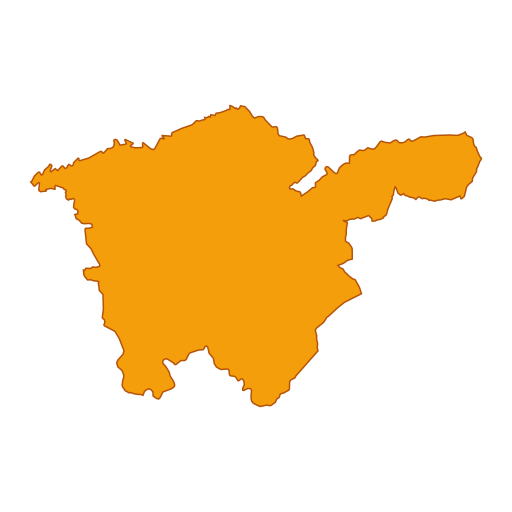 Pindal, Loja, Ecuador (Mercator projection)
{"feature_id": "8360857B50209341108464", "entity_name": "Pindal", "entity_type": "district", "adm_level": 2, "iso_a3": "ECU", "parent_name": "Ecuador", "parent_adm1": "Loja", "projection": "mercator", "projection_center": [-80.129, -4.101], "detail": "fine", "context": "isolated", "style": "filled", "palette": "amber", "viewbox_px": 512, "rotation_deg": 0, "n_neighbors": 0, "source": "geoboundaries", "source_scale": "gbopen_adm2", "svg_char_len": 6026}
<svg xmlns="http://www.w3.org/2000/svg" viewBox="0 0 512 512"><path d="M481.3,158.1L479.8,156.5L477.4,151.2L476.2,147.4L474.9,146.5L473.7,144.2L472.9,138.8L471.7,137.6L466.9,135.4L465.1,131.9L464.2,132.8L459.6,134.8L457.0,135.4L449.6,135.0L434.0,135.5L424.5,137.1L420.9,136.8L412.7,141.2L411.1,141.0L409.3,139.2L408.7,139.2L407.3,139.9L405.0,141.9L402.4,142.8L399.3,142.7L397.0,140.4L395.8,140.0L394.2,140.5L390.0,143.0L384.5,142.2L381.5,141.1L380.1,141.7L376.3,147.0L374.2,149.0L372.0,149.1L367.8,147.8L364.5,150.3L362.8,150.6L359.6,150.0L357.5,151.4L354.2,154.6L350.4,155.0L349.6,156.3L349.4,163.3L345.9,163.1L344.1,163.9L341.5,165.8L339.3,168.1L337.4,173.0L336.8,173.5L335.8,173.5L334.6,172.9L328.1,166.9L326.6,166.7L326.0,167.0L325.4,167.6L325.0,169.1L327.0,172.8L327.2,173.8L326.5,174.7L322.5,176.7L319.1,180.3L315.8,182.5L315.3,183.4L315.6,186.7L315.1,187.4L312.5,187.7L308.1,191.5L301.3,196.1L300.8,193.4L299.9,191.8L296.3,191.1L293.0,188.9L289.9,189.0L289.4,187.4L290.3,185.8L291.8,185.1L294.2,182.6L295.0,182.3L296.8,183.1L297.8,182.6L302.6,177.4L305.6,175.6L307.5,173.4L311.1,170.6L312.9,167.6L315.4,165.6L316.3,161.8L318.0,160.6L317.4,159.4L315.4,157.7L313.6,154.7L313.9,152.8L312.4,147.2L310.1,143.1L309.0,139.1L308.4,138.7L305.6,138.7L304.3,135.2L303.8,135.0L296.6,136.2L292.7,138.4L289.5,139.1L288.0,138.8L285.7,137.1L279.3,135.7L278.2,134.1L277.4,128.0L276.9,127.2L276.0,126.6L272.6,127.1L271.8,126.7L265.3,120.0L263.5,117.1L261.1,116.5L258.4,116.6L254.5,118.1L252.4,116.2L249.5,111.4L244.8,106.6L240.5,105.8L239.6,107.9L237.8,109.3L236.1,107.9L235.3,108.5L232.0,106.2L230.1,105.5L229.8,105.9L230.1,108.8L229.8,109.5L227.5,109.5L226.2,110.5L219.9,112.7L216.1,113.2L215.2,115.4L210.8,114.8L210.2,117.1L208.8,116.4L207.0,117.7L204.7,117.5L205.2,118.9L204.5,119.7L201.9,120.1L199.6,121.1L197.6,120.7L196.2,120.8L192.1,124.8L181.4,128.5L172.3,132.6L171.6,133.5L171.7,135.4L171.1,136.2L162.2,135.5L162.3,136.5L164.0,137.9L164.0,138.9L161.3,138.3L160.2,138.5L154.8,148.6L153.7,149.6L150.7,148.8L143.2,142.7L142.5,143.4L142.7,147.1L142.1,147.5L135.4,147.8L131.1,146.9L130.6,146.5L130.7,145.6L133.0,143.8L133.1,143.2L125.3,139.5L124.8,140.0L126.3,143.5L125.9,144.1L120.1,145.2L117.4,140.5L116.8,139.9L115.1,139.3L113.8,140.3L114.4,144.0L113.3,146.8L111.1,148.4L107.6,148.6L103.7,153.0L102.9,153.2L101.7,151.5L100.2,151.5L88.8,158.0L79.9,160.7L78.8,160.1L78.9,158.6L78.1,158.1L73.6,162.6L73.2,165.1L72.4,165.8L71.1,165.8L69.0,164.4L67.7,165.7L66.8,167.8L65.5,168.3L64.8,168.3L63.2,166.2L62.0,165.9L57.6,170.6L55.2,168.6L51.7,171.3L50.8,171.7L50.3,171.4L50.4,170.0L51.9,165.9L51.0,164.5L49.7,164.3L48.6,166.4L44.6,169.9L42.7,174.2L41.8,175.0L41.3,174.9L39.5,172.2L38.3,172.2L34.4,176.0L32.1,180.8L30.7,181.9L34.1,186.1L34.8,186.1L37.9,183.0L38.8,182.6L39.5,183.0L38.8,189.8L39.0,190.6L40.5,191.7L45.9,191.1L46.4,190.7L46.0,189.4L50.4,188.5L51.6,188.4L54.0,189.2L55.2,189.0L54.8,186.4L55.6,185.4L63.5,188.1L64.2,189.5L65.7,189.8L66.3,191.1L65.4,192.3L66.1,193.9L65.7,196.4L66.4,198.8L68.6,200.1L69.4,198.9L71.3,199.4L73.5,198.4L74.4,199.4L74.6,201.0L73.9,203.6L73.6,207.5L74.7,208.9L77.0,209.5L78.0,211.4L77.6,213.9L74.8,214.5L76.3,218.8L78.9,220.0L81.8,223.2L84.3,223.7L89.2,223.4L91.9,224.2L92.4,227.2L88.5,228.3L85.6,228.3L85.0,229.5L86.5,243.8L91.1,248.9L93.2,253.3L99.7,264.6L99.8,265.7L99.7,266.2L95.9,267.4L92.9,266.9L90.4,268.5L86.5,268.2L85.6,268.5L84.8,270.4L83.4,270.0L83.9,274.7L84.8,276.7L87.7,280.0L90.3,279.7L93.9,280.8L97.5,281.2L98.8,281.9L98.3,283.5L99.1,287.7L99.2,290.3L103.0,294.5L103.4,309.0L102.3,317.5L102.7,318.4L104.3,319.6L104.9,322.0L103.9,325.1L104.8,326.0L114.9,331.3L119.2,338.4L123.9,350.5L123.1,354.1L117.7,360.3L116.7,363.1L117.9,366.9L122.1,370.6L123.6,374.5L123.8,377.1L123.0,379.5L122.1,384.9L122.7,387.0L125.2,390.7L129.2,392.9L131.2,392.6L132.9,393.5L138.0,394.4L140.3,394.4L143.0,395.3L144.4,391.6L146.2,389.9L149.0,388.8L150.7,389.5L152.9,391.7L153.1,396.0L156.6,398.5L158.7,399.0L160.0,397.8L162.9,392.0L171.6,388.7L173.9,387.0L174.7,385.6L174.4,383.5L173.3,380.9L170.2,376.1L169.1,371.9L165.6,366.3L163.0,363.5L162.7,362.0L163.2,360.4L164.5,359.2L165.9,358.8L167.6,359.2L173.3,362.7L174.7,364.5L176.0,364.5L180.8,360.6L184.5,360.6L186.2,359.5L188.9,354.0L189.9,352.9L198.3,350.1L203.1,349.7L204.2,348.5L204.9,346.7L206.5,345.9L207.8,347.4L209.1,353.2L213.3,358.2L214.3,363.6L216.4,366.9L218.8,368.5L221.2,369.5L226.4,369.0L228.2,369.3L229.0,370.3L229.5,374.9L230.5,375.8L234.4,376.3L235.7,377.1L238.1,380.8L239.2,380.5L241.2,378.9L242.6,378.9L243.9,381.3L244.3,384.6L242.8,388.1L242.7,390.2L243.8,390.4L247.9,388.4L250.6,388.8L251.5,389.9L251.0,397.8L251.6,401.1L253.1,403.0L254.4,403.9L260.0,406.5L266.5,405.2L268.4,405.3L269.4,405.7L270.9,405.5L275.3,402.3L276.7,399.2L279.1,397.4L280.4,393.8L283.7,393.0L288.9,390.1L289.4,389.0L289.6,382.1L290.6,380.0L294.8,378.0L295.9,375.9L318.0,350.8L317.2,347.9L317.6,343.5L316.6,339.3L316.7,335.9L315.3,330.1L316.5,328.1L323.7,322.3L327.1,317.0L328.5,316.2L337.7,307.7L344.3,302.4L361.5,293.7L359.4,287.3L355.1,279.6L352.8,278.9L349.2,276.2L344.6,271.8L343.2,269.2L339.7,267.4L338.0,265.3L343.1,263.5L347.6,260.3L352.3,259.0L352.2,249.0L351.6,247.1L348.5,242.9L346.0,241.7L345.5,240.6L345.4,238.0L346.2,234.4L346.3,229.2L347.4,222.8L346.8,222.0L344.3,221.5L343.7,220.6L346.3,220.9L350.3,219.2L354.3,219.0L357.9,217.4L360.7,218.7L368.6,215.5L371.7,218.6L372.2,221.2L375.4,220.9L376.9,220.0L380.3,219.4L383.4,217.9L383.3,217.2L386.1,215.0L386.8,213.4L387.8,209.3L392.3,198.5L392.0,196.5L393.3,195.1L393.9,190.9L395.1,186.9L396.0,187.7L398.0,193.2L400.3,195.0L401.0,195.2L403.5,193.6L405.2,195.5L407.3,195.8L409.3,197.0L413.6,197.8L415.9,199.5L418.0,197.1L419.0,196.8L422.2,198.7L423.9,198.3L425.5,198.5L427.9,199.2L429.2,200.4L430.4,200.1L434.5,201.2L437.6,200.2L440.2,200.0L445.5,198.7L451.1,199.8L459.9,196.0L461.0,198.8L461.7,198.7L464.3,196.5L466.6,187.1L468.4,184.6L472.2,181.4L472.7,177.8L476.0,172.6L476.6,170.7L476.6,168.8L477.9,166.4L479.7,161.5L481.1,159.6L481.3,158.1Z" fill="#f59e0b" stroke="#b45309" stroke-width="1.5"/></svg>